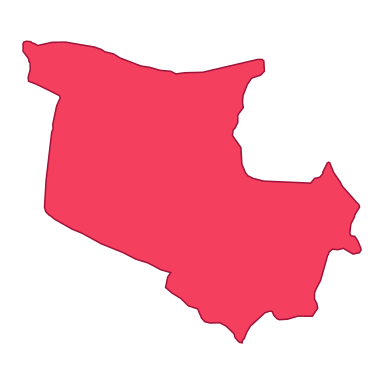 Quesada, Jutiapa, Guatemala
{"feature_id": "79465075B71071315687381", "entity_name": "Quesada", "entity_type": "district", "adm_level": 2, "iso_a3": "GTM", "parent_name": "Guatemala", "parent_adm1": "Jutiapa", "projection": "orthographic", "projection_center": [-90.049, 14.283], "detail": "fine", "context": "isolated", "style": "filled", "palette": "rose", "viewbox_px": 384, "rotation_deg": 0, "n_neighbors": 0, "source": "geoboundaries", "source_scale": "gbopen_adm2", "svg_char_len": 1816}
<svg xmlns="http://www.w3.org/2000/svg" viewBox="0 0 384 384"><path d="M28.6,81.3L35.7,83.9L54.9,93.3L56.8,94.4L58.2,95.0L59.4,95.5L60.2,97.9L56.7,105.7L52.8,124.0L53.0,128.8L51.7,132.2L46.1,180.2L44.5,207.0L45.7,211.6L49.0,215.0L50.7,216.0L54.8,219.3L55.8,219.9L72.2,229.2L82.2,233.3L101.3,243.8L122.9,252.5L135.9,259.2L147.8,262.9L161.2,269.9L170.8,272.6L167.7,277.0L165.6,287.5L172.3,293.3L180.8,298.4L188.4,305.9L197.7,308.9L201.6,318.2L204.8,321.7L209.9,323.0L219.9,322.8L226.1,326.1L234.0,333.7L235.1,337.6L237.8,340.8L239.5,342.4L242.2,342.8L242.4,340.5L244.1,338.8L246.8,332.1L250.7,325.6L252.1,324.6L265.0,312.7L270.1,311.1L272.3,311.6L273.8,315.4L277.1,318.8L279.3,319.7L287.6,319.2L298.0,316.1L309.9,316.2L312.3,316.3L316.6,309.8L317.7,308.5L316.9,303.8L314.5,299.1L314.6,292.5L316.5,288.1L320.6,280.4L327.6,255.5L328.5,254.2L328.9,252.2L332.5,249.2L337.8,249.7L343.5,248.4L345.9,249.9L353.1,254.1L359.4,252.7L361.0,250.1L360.9,248.3L357.7,240.8L354.8,236.4L351.2,235.8L349.8,233.8L350.9,223.9L354.4,217.1L354.8,214.9L359.6,207.0L359.1,205.1L357.9,203.7L355.3,201.0L350.9,195.9L342.4,186.4L340.1,181.9L333.7,172.6L329.7,162.7L328.5,162.2L327.3,163.1L322.9,171.9L322.8,173.7L319.8,177.2L314.6,178.4L310.7,183.1L263.7,181.1L252.9,178.3L247.8,175.7L245.6,173.0L241.9,164.3L240.9,147.6L232.5,135.6L233.0,130.2L235.3,127.7L237.8,122.3L237.8,115.0L243.3,107.6L242.5,102.3L243.0,95.7L247.2,84.7L251.6,78.2L260.8,75.0L264.4,71.2L263.8,60.9L262.0,59.4L257.8,59.4L202.5,72.3L185.3,72.7L175.9,73.9L170.8,71.3L159.9,70.3L149.7,67.3L140.9,66.0L119.9,57.9L113.5,53.9L104.9,51.8L101.0,49.3L94.3,47.0L65.6,42.1L52.0,42.3L37.8,45.5L33.7,43.2L32.6,43.3L30.8,41.7L26.7,41.2L23.9,42.0L23.0,43.6L23.1,51.3L28.6,58.8L29.0,61.7L30.1,63.0L30.2,69.5L28.1,77.6L28.6,81.3Z" fill="#f43f5e" stroke="#9f1239" stroke-width="1.5"/></svg>